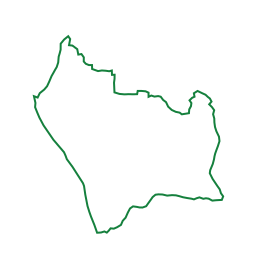 Orindiúva, São Paulo, Brazil (Robinson projection), rotated 171°
{"feature_id": "56859067B43137083464707", "entity_name": "Orindiúva", "entity_type": "district", "adm_level": 2, "iso_a3": "BRA", "parent_name": "Brazil", "parent_adm1": "São Paulo", "projection": "robinson", "projection_center": [-49.369, -20.214], "detail": "fine", "context": "isolated", "style": "outline", "palette": "green", "viewbox_px": 256, "rotation_deg": 171, "n_neighbors": 0, "source": "geoboundaries", "source_scale": "gbopen_adm2", "svg_char_len": 1924}
<svg xmlns="http://www.w3.org/2000/svg" viewBox="0 0 256 256"><g transform="rotate(171 128 128)"><path d="M211.0,143.8L203.5,128.0L195.0,114.1L194.0,110.4L193.3,106.8L188.9,98.3L181.1,80.5L180.5,77.6L180.6,68.8L180.2,57.3L179.3,51.1L178.4,46.3L176.4,37.6L174.9,29.4L171.0,29.0L167.5,29.5L165.3,28.0L163.2,29.5L160.9,31.6L157.7,30.8L154.3,31.7L150.1,33.4L147.7,37.2L144.4,39.8L141.3,44.6L138.6,48.2L135.3,49.8L131.6,48.7L129.0,47.7L126.1,47.2L122.3,47.9L119.6,50.7L116.6,53.7L114.5,55.9L111.3,57.8L108.3,57.7L104.3,56.9L99.9,55.1L95.0,54.8L91.2,54.0L88.1,52.7L84.5,51.0L80.3,49.5L76.5,48.3L74.0,47.2L71.2,47.9L68.3,48.3L64.7,46.3L62.0,46.4L59.4,45.6L56.1,43.1L52.5,42.9L46.6,42.3L44.7,45.6L46.4,49.0L47.0,53.1L48.8,56.7L52.4,64.5L54.3,70.5L53.4,73.5L49.9,79.2L48.0,83.5L47.0,86.5L45.9,89.1L44.1,92.4L42.0,96.1L39.7,100.7L39.5,105.2L41.2,110.9L41.9,115.4L41.8,120.0L41.3,123.9L41.8,128.3L40.1,132.1L41.8,135.5L44.1,138.7L41.4,141.0L42.5,144.3L44.3,146.2L46.2,148.7L49.2,150.7L53.5,153.7L57.5,152.0L57.4,148.5L59.9,147.8L62.9,145.7L61.5,142.7L62.4,139.7L64.6,136.8L65.5,133.1L69.5,133.1L72.7,133.1L74.6,135.1L78.3,136.5L82.0,139.0L85.0,142.8L86.4,147.6L88.9,150.2L90.8,153.8L93.2,154.8L97.0,154.9L99.9,156.4L102.8,155.6L102.2,159.7L104.9,161.5L108.9,162.5L112.6,163.1L113.7,160.0L117.7,160.5L121.9,161.3L126.3,161.8L131.1,163.0L135.8,165.3L135.3,169.7L134.7,175.0L133.6,178.7L132.9,182.7L135.5,183.0L135.0,187.3L137.7,187.0L140.9,188.0L144.8,188.9L148.7,188.9L154.2,191.9L153.7,195.8L156.8,196.3L159.6,198.0L161.3,200.6L160.6,204.7L162.4,208.3L165.6,208.3L165.8,213.8L170.0,218.1L173.3,219.0L171.2,224.9L172.7,228.0L177.2,225.4L181.3,221.8L182.3,215.9L183.8,212.4L185.3,209.3L186.7,203.6L188.9,199.3L190.9,196.9L193.0,194.2L195.4,191.2L198.5,186.2L201.4,181.9L204.7,179.1L209.7,176.2L212.5,172.2L215.9,174.1L215.5,167.2L216.5,163.1L215.2,157.4L213.9,152.2L211.0,143.8Z" fill="none" stroke="#15803d" stroke-width="2"/></g></svg>